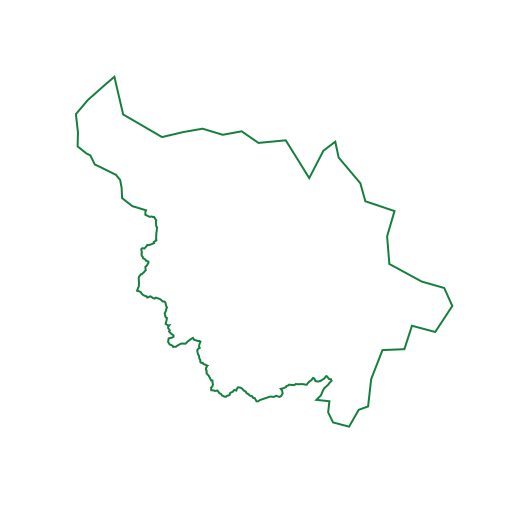 the district of Nookat, Osh, Kyrgyzstan, rotated 10°
{"feature_id": "92254566B4479421635169", "entity_name": "Nookat", "entity_type": "district", "adm_level": 2, "iso_a3": "KGZ", "parent_name": "Kyrgyzstan", "parent_adm1": "Osh", "projection": "equal_earth", "projection_center": [72.518, 40.099], "detail": "fine", "context": "isolated", "style": "outline", "palette": "green", "viewbox_px": 512, "rotation_deg": 10, "n_neighbors": 0, "source": "geoboundaries", "source_scale": "gbopen_adm2", "svg_char_len": 3947}
<svg xmlns="http://www.w3.org/2000/svg" viewBox="0 0 512 512"><g transform="rotate(10 256 256)"><path d="M254.1,397.6L254.4,395.3L256.6,393.8L257.1,393.0L257.9,391.7L260.0,391.9L260.1,390.8L260.2,389.9L261.2,388.4L263.7,388.4L264.9,388.8L265.3,388.9L265.5,389.1L266.9,390.3L267.9,390.8L268.4,390.8L268.5,390.9L269.7,391.6L270.0,392.3L271.6,393.2L272.5,393.3L273.9,394.4L275.0,394.7L276.1,394.6L278.1,396.3L279.5,396.2L281.5,398.7L281.7,399.0L282.9,398.9L283.1,398.9L284.9,397.2L285.0,397.1L292.1,393.2L294.5,392.0L294.6,391.9L295.8,391.8L296.0,391.8L297.9,391.7L300.2,390.2L303.1,390.6L303.7,390.7L305.1,389.5L306.1,386.7L305.1,384.1L303.5,382.5L305.8,381.6L308.4,379.7L308.6,378.8L310.5,377.7L310.9,377.0L316.0,376.5L316.3,376.3L316.6,376.1L317.3,375.2L320.1,374.9L323.7,374.1L324.4,374.1L328.2,374.0L329.8,371.0L332.2,368.5L332.4,368.1L333.3,366.2L334.7,366.5L334.9,366.8L335.9,368.4L335.9,368.5L336.4,368.9L337.8,368.9L339.0,368.9L339.7,368.5L340.4,368.2L341.1,367.9L344.4,364.9L346.0,362.1L346.6,362.1L349.4,364.5L351.3,364.4L352.1,365.7L350.0,368.8L349.6,370.0L345.9,374.7L344.0,382.2L340.5,387.2L353.5,386.3L354.2,397.4L360.7,406.5L377.3,407.9L383.9,389.6L392.5,384.7L390.8,357.3L396.9,326.7L418.3,322.0L421.7,297.6L445.7,299.7L458.0,271.1L446.9,254.8L423.7,252.4L388.7,240.7L381.7,213.8L384.6,187.7L354.2,183.1L346.1,166.2L320.3,144.7L315.0,131.6L314.2,129.7L304.1,140.6L294.9,170.0L265.2,136.9L238.8,144.2L220.2,135.7L202.2,142.4L181.3,139.9L162.8,146.6L142.8,155.2L100.6,139.7L85.4,104.1L75.9,115.7L63.3,131.6L54.0,147.6L59.2,165.1L61.3,179.1L71.3,184.5L75.3,185.6L81.4,193.9L84.9,194.8L104.0,200.4L109.0,204.7L111.8,212.1L114.1,222.3L125.7,228.4L139.8,230.1L139.4,231.7L139.9,234.6L144.4,235.9L146.6,235.2L147.6,235.5L149.0,235.3L150.3,237.0L151.6,238.2L151.4,239.4L152.1,242.0L152.3,243.3L152.8,244.3L153.4,244.8L153.7,245.3L153.7,247.2L154.0,249.2L153.8,250.0L154.1,252.0L154.2,253.5L154.6,255.5L154.5,256.8L155.1,257.4L155.2,257.9L153.6,259.3L152.9,260.0L153.4,261.0L150.3,263.0L148.1,264.0L147.1,264.0L147.0,264.3L146.8,264.7L145.1,267.6L144.6,268.1L143.3,267.9L142.3,268.4L141.8,269.4L143.1,272.6L142.8,273.4L143.4,275.6L144.5,276.3L145.1,277.7L147.8,278.8L148.4,279.7L151.0,280.2L151.3,281.2L150.2,284.3L148.9,285.9L149.9,289.3L149.3,289.9L148.3,291.7L147.8,292.1L146.9,293.6L145.7,294.1L145.2,295.4L144.6,296.2L144.3,297.1L144.4,298.6L145.4,302.7L145.7,303.7L145.6,304.8L145.9,305.8L145.7,307.0L145.2,309.1L144.9,310.9L146.4,310.9L148.8,311.6L149.8,312.8L151.6,314.0L154.4,314.8L155.3,314.7L156.2,315.8L159.1,314.0L161.9,315.3L163.3,315.6L164.6,314.4L169.0,315.1L172.2,317.0L173.8,316.7L175.1,317.9L175.4,319.1L175.9,319.9L176.1,320.5L176.4,321.1L177.3,322.2L176.7,324.1L177.0,325.0L176.0,328.4L177.0,330.2L177.0,330.9L177.9,332.2L179.0,332.5L179.1,334.1L179.0,336.4L178.9,336.6L178.8,338.5L181.5,339.7L182.6,339.3L181.8,340.9L182.0,342.2L184.0,344.2L183.5,345.5L186.1,347.4L188.5,348.4L188.8,349.9L187.2,351.1L184.3,352.3L184.3,355.8L186.3,358.1L189.4,358.8L190.3,360.0L191.4,359.5L192.9,359.3L194.0,358.0L197.6,355.2L201.8,354.6L203.9,351.7L205.7,349.7L208.1,347.6L209.8,349.4L211.6,349.4L213.1,349.8L215.3,349.5L216.2,350.0L215.6,352.6L215.6,354.8L216.5,356.4L215.5,357.0L214.6,358.6L214.8,359.3L214.6,359.8L216.0,362.9L217.1,364.1L217.5,365.2L217.6,365.8L218.2,366.8L218.4,367.4L219.0,367.8L219.6,369.5L219.5,370.0L220.5,370.7L222.1,370.4L222.6,371.2L223.6,371.7L225.0,371.7L225.9,372.2L227.1,372.4L226.7,372.9L226.8,373.7L226.4,374.5L226.2,374.9L226.4,376.2L226.8,376.7L226.8,377.2L227.3,377.6L227.4,378.6L227.7,379.2L227.6,379.9L227.9,380.3L228.9,381.2L230.1,381.9L233.4,386.3L234.4,386.1L234.7,386.1L234.9,386.8L235.0,387.6L235.4,388.8L235.9,390.1L235.6,391.9L234.6,393.6L235.3,396.0L237.3,395.7L239.1,396.0L241.5,395.2L243.0,396.7L243.8,397.5L245.4,397.9L246.8,399.3L249.7,400.0L250.8,399.9L250.9,399.7L251.3,399.1L251.5,398.9L252.6,398.3L253.0,398.1L254.1,397.6Z" fill="none" stroke="#15803d" stroke-width="2"/></g></svg>